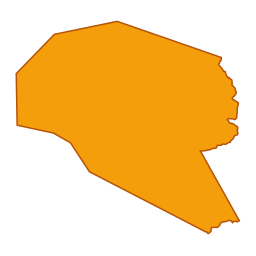 the district of Daulo District, Eastern Highlands, Papua New Guinea, rotated 89°
{"feature_id": "67681753B69835988220980", "entity_name": "Daulo District", "entity_type": "district", "adm_level": 2, "iso_a3": "PNG", "parent_name": "Papua New Guinea", "parent_adm1": "Eastern Highlands", "projection": "albers", "projection_center": [145.254, -5.99], "detail": "fine", "context": "isolated", "style": "filled", "palette": "amber", "viewbox_px": 256, "rotation_deg": 89, "n_neighbors": 0, "source": "geoboundaries", "source_scale": "gbopen_adm2", "svg_char_len": 1975}
<svg xmlns="http://www.w3.org/2000/svg" viewBox="0 0 256 256"><g transform="rotate(89 128 128)"><path d="M123.3,238.8L131.7,202.7L141.9,185.7L171.1,167.3L222.1,72.7L233.3,52.0L233.3,50.9L234.8,50.0L234.8,49.1L233.0,47.1L232.2,46.7L229.7,46.7L229.0,45.8L228.8,40.0L227.1,38.3L224.1,36.4L223.4,34.0L223.4,32.2L222.3,29.3L222.2,27.5L222.9,26.4L224.5,25.0L223.3,23.9L223.1,22.1L223.8,20.5L222.7,18.3L152.1,56.1L152.2,53.8L152.1,52.2L152.0,51.0L151.6,49.3L151.3,48.5L151.3,46.6L150.9,45.7L150.2,44.8L149.9,42.8L149.8,41.8L149.6,40.4L148.9,39.7L147.4,39.2L146.7,38.8L146.9,38.3L146.9,36.2L146.8,35.0L145.9,33.8L145.6,33.0L145.9,32.2L145.9,30.6L145.7,29.8L145.0,28.9L144.4,28.0L144.1,26.4L144.0,26.0L143.5,25.8L142.6,25.5L141.3,24.0L140.6,23.1L139.7,22.6L137.3,21.2L137.0,20.4L136.8,18.8L136.1,18.4L134.4,18.2L133.2,18.9L132.5,18.8L130.9,18.4L129.6,18.2L128.5,18.8L127.9,19.6L127.2,20.9L126.8,21.4L126.2,22.0L125.7,22.4L125.5,23.2L125.4,23.9L125.0,24.5L125.1,25.8L124.3,26.5L123.6,27.0L122.8,27.4L121.8,28.4L121.0,28.5L120.9,28.1L120.4,27.4L120.5,26.7L120.5,25.9L120.6,25.4L120.5,24.4L120.7,23.0L121.3,21.5L121.5,21.1L121.0,20.3L120.4,19.8L120.1,19.3L119.6,19.3L118.5,19.1L117.1,19.0L116.0,18.9L114.6,18.5L113.5,18.6L112.4,18.5L110.6,18.5L109.2,18.2L108.7,18.0L107.6,17.6L106.4,17.5L105.6,17.2L104.7,17.4L104.0,18.3L103.3,19.2L102.5,20.4L101.6,21.8L101.5,22.6L100.3,23.3L99.5,22.8L98.4,22.0L98.0,21.2L96.9,20.3L96.0,19.7L94.9,19.2L94.0,19.2L93.0,19.6L91.9,20.1L90.0,20.3L88.2,22.1L87.3,22.5L86.9,23.2L86.4,23.4L85.7,23.3L84.9,22.9L84.1,23.2L83.2,23.3L82.2,23.2L81.2,24.0L80.7,25.1L79.7,25.7L79.4,26.3L79.6,27.0L79.2,27.4L78.5,27.5L77.9,28.3L77.0,28.7L75.0,29.5L74.0,29.7L73.1,29.9L73.0,31.0L72.9,31.6L72.3,31.9L71.2,32.2L70.8,32.9L69.8,33.2L69.1,33.8L68.3,34.8L67.3,35.5L66.6,35.9L65.5,36.1L64.8,35.4L63.2,35.0L62.5,34.1L61.2,33.6L59.2,33.4L35.5,97.9L34.6,100.4L21.2,137.0L33.0,199.9L41.6,208.6L71.7,238.8L123.3,238.8Z" fill="#f59e0b" stroke="#b45309" stroke-width="1.5"/></g></svg>